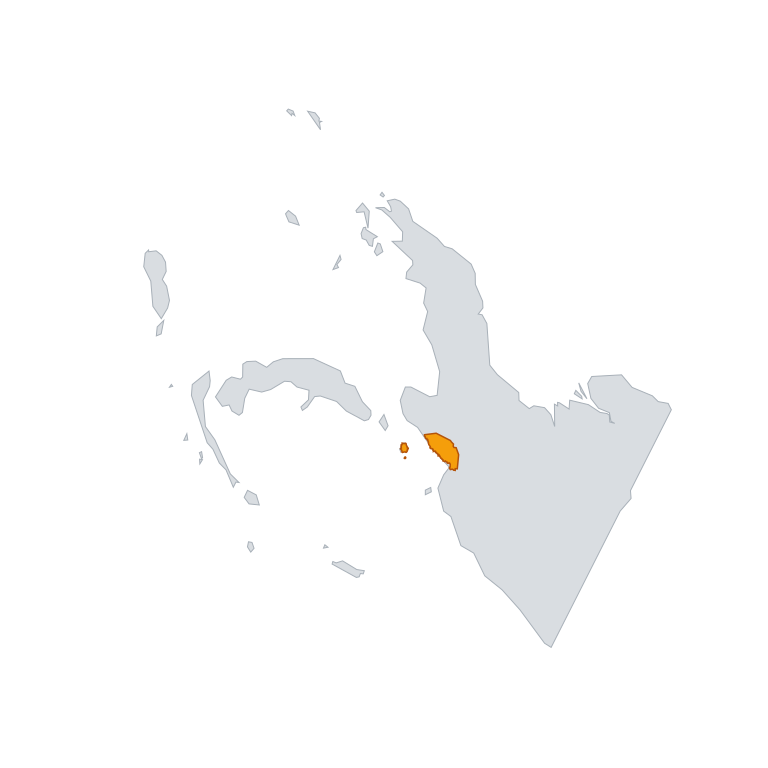 Rai Coast District, Madang, Papua New Guinea (highlighted), rotated 207°
{"feature_id": "67681753B12323407332592", "entity_name": "Rai Coast District", "entity_type": "district", "adm_level": 2, "iso_a3": "PNG", "parent_name": "Papua New Guinea", "parent_adm1": "Madang", "projection": "robinson", "projection_center": [146.508, -5.549], "detail": "fine", "context": "in_parent", "style": "filled", "palette": "amber", "viewbox_px": 768, "rotation_deg": 207, "n_neighbors": 0, "source": "geoboundaries", "source_scale": "gbopen_adm2", "svg_char_len": 8120}
<svg xmlns="http://www.w3.org/2000/svg" viewBox="0 0 768 768"><g transform="rotate(207 384 384)"><path d="M116.3,491.5L116.0,400.9L111.9,394.2L115.9,378.0L115.5,225.2L123.2,225.9L160.3,244.5L185.3,254.2L207.1,258.8L227.3,274.1L242.1,274.9L264.2,296.3L273.1,297.8L288.7,315.7L289.6,330.2L287.9,339.4L311.6,348.2L334.4,360.6L346.8,361.9L353.6,366.2L362.1,376.8L363.6,391.0L358.7,393.5L337.5,393.4L331.5,398.0L340.0,420.3L359.2,440.6L373.7,449.9L378.0,468.4L385.4,474.1L390.1,488.7L397.6,490.3L412.3,487.9L414.6,494.0L412.4,503.3L414.6,507.0L441.5,514.8L432.5,519.6L436.5,528.1L454.1,535.3L465.0,538.1L471.6,537.2L463.9,541.4L457.1,540.1L455.8,541.4L458.6,545.0L464.3,548.7L458.3,553.6L452.5,554.3L441.6,551.2L432.2,542.0L402.8,538.0L392.6,534.0L384.6,535.4L360.8,530.4L353.0,524.0L347.8,514.2L333.7,502.5L330.4,496.7L331.8,489.1L328.0,490.2L319.8,484.6L298.3,448.8L287.3,443.8L260.1,437.6L256.2,430.6L243.4,428.0L240.6,432.6L230.2,435.8L221.4,432.4L212.6,423.6L223.0,443.4L219.3,443.3L221.0,446.4L219.1,446.9L207.7,445.7L211.2,453.9L192.5,458.4L178.6,456.8L171.9,458.9L169.2,458.6L165.6,452.6L160.5,453.7L164.8,453.8L170.2,460.8L181.8,459.8L193.1,465.1L202.7,476.9L202.3,485.0L176.5,500.0L161.4,493.6L139.5,495.3L131.7,492.8L122.0,495.7L116.3,491.5ZM507.2,290.9L512.5,295.0L517.9,290.7L528.3,296.0L526.3,315.7L522.9,321.1L514.1,323.1L513.1,326.0L518.8,337.6L516.4,341.7L508.7,346.1L496.1,345.6L492.7,353.5L485.7,360.6L458.4,374.6L428.8,375.8L419.1,367.1L408.9,368.7L395.2,358.4L383.7,354.3L381.4,350.3L381.7,345.3L384.8,342.3L405.3,342.8L418.3,346.9L435.3,344.4L440.1,341.3L441.9,328.7L444.7,323.4L447.6,325.8L444.1,335.6L448.0,344.4L460.2,341.8L467.9,343.8L473.9,341.3L482.5,327.6L489.3,321.3L501.8,318.2L501.6,308.1L497.2,294.3L499.0,290.3L507.2,290.9ZM656.1,392.0L654.6,396.5L653.7,395.0L647.5,399.2L640.3,397.8L634.0,393.4L629.2,385.4L629.0,376.5L622.1,372.5L613.1,361.1L611.3,353.5L612.1,341.1L625.2,348.3L638.5,369.8L651.3,379.4L656.1,392.0ZM554.6,296.5L545.8,316.1L540.4,308.1L538.2,302.4L537.8,287.4L523.8,265.0L509.4,257.5L480.1,234.1L468.5,230.4L471.4,229.4L471.4,223.6L485.8,235.8L494.8,238.8L506.8,248.2L514.9,251.4L550.4,286.4L554.6,296.5ZM320.8,199.1L348.5,200.0L349.0,202.6L345.4,202.9L340.6,207.6L324.1,206.3L316.8,208.7L316.3,205.4L319.0,204.4L318.6,200.9L320.8,199.1ZM460.1,500.8L465.2,504.2L469.5,503.7L472.7,507.6L473.3,513.9L471.5,515.4L470.2,513.4L456.8,512.2L459.4,508.6L456.8,501.4L460.1,500.8ZM457.3,227.3L447.5,227.2L440.2,219.6L449.8,215.9L457.1,219.5L457.3,227.3ZM479.9,528.4L486.2,524.4L487.7,525.8L485.3,535.5L475.6,531.3L469.0,515.6L479.9,528.4ZM531.7,487.0L542.3,485.3L547.4,489.5L549.0,491.0L547.9,495.2L539.0,493.4L531.7,487.0ZM556.0,581.7L575.9,592.4L568.5,594.3L562.2,591.4L561.4,588.7L558.9,589.6L560.2,587.7L556.0,581.7ZM370.2,356.8L361.4,348.6L361.8,343.1L371.2,348.0L370.2,356.8ZM453.5,506.8L450.9,507.1L445.1,501.4L448.6,495.1L452.6,497.4L453.5,506.8ZM609.1,340.7L605.3,327.5L608.7,323.5L612.0,331.9L609.1,340.7ZM339.5,340.6L333.4,335.5L337.9,330.8L340.6,333.2L339.5,340.6ZM433.1,181.9L429.7,182.9L425.2,178.6L426.4,173.7L431.7,176.9L433.1,181.9ZM299.0,308.2L295.4,313.0L292.9,309.4L296.9,304.1L299.0,308.2ZM481.4,462.8L481.6,478.6L478.8,475.5L480.2,469.0L477.4,467.1L481.4,462.8ZM205.1,466.9L211.0,473.4L196.5,463.0L205.1,466.9ZM210.2,465.4L202.3,462.8L200.7,460.7L210.0,461.7L210.2,465.4ZM594.7,583.2L594.1,585.5L588.9,585.9L585.4,582.7L588.8,583.4L588.2,581.2L594.7,583.2ZM536.8,242.9L537.1,250.2L533.4,245.0L536.8,242.9ZM517.3,239.0L515.8,240.9L512.1,235.8L512.9,234.8L517.3,239.0ZM473.3,550.7L472.8,553.9L469.2,552.2L469.7,550.2L473.3,550.7ZM514.2,233.3L511.4,234.2L511.8,229.2L514.2,233.3ZM363.4,210.3L363.7,213.9L359.8,213.1L363.4,210.3ZM573.7,283.7L573.3,287.1L571.2,286.0L573.7,283.7Z" fill="#d9dde1" stroke="#a8b0b8" stroke-width="1"/><path d="M315.2,363.8L324.9,357.2L324.7,356.9L324.6,356.6L324.6,356.4L324.4,356.1L324.1,355.9L323.8,355.8L323.4,355.8L323.2,355.6L323.1,355.4L322.8,355.0L322.6,354.9L322.4,354.6L322.2,354.7L321.7,354.5L321.4,354.4L321.2,354.6L321.1,354.3L320.9,354.3L320.7,354.3L320.6,354.2L320.4,354.4L320.1,354.4L320.0,354.2L319.8,354.2L319.8,353.9L319.6,353.8L319.6,353.7L319.4,353.5L319.2,353.4L318.9,353.3L318.8,353.0L318.7,352.9L318.3,352.7L318.1,352.5L317.9,352.3L317.8,352.0L317.8,351.8L317.8,351.6L317.4,351.3L317.2,351.1L317.0,350.9L316.7,350.5L316.6,350.4L316.4,350.3L316.2,350.2L315.9,350.0L315.8,349.9L315.6,349.9L315.2,349.7L314.9,349.5L314.7,349.5L314.4,349.4L314.3,349.1L314.2,348.9L314.3,348.8L314.2,348.6L314.2,348.2L313.8,347.8L313.7,347.8L313.2,347.7L313.1,347.9L313.0,348.0L312.8,348.0L312.7,348.1L312.4,348.0L312.3,347.9L312.1,348.1L311.8,348.1L311.7,348.2L311.6,348.3L311.2,348.2L310.9,348.2L310.6,348.1L310.4,347.8L310.4,347.6L310.5,347.4L310.4,347.2L310.2,347.2L309.8,347.1L309.8,346.8L309.5,346.6L309.4,346.4L309.3,346.6L309.2,346.5L308.6,347.0L308.4,346.9L308.3,347.0L308.2,347.1L307.9,347.2L307.8,347.4L307.5,347.4L307.1,347.1L307.0,346.9L306.9,346.5L306.6,346.4L306.3,346.6L306.1,346.6L305.9,346.5L305.8,346.3L305.6,346.3L305.4,346.4L305.2,346.4L305.2,346.2L304.9,346.1L304.7,346.0L304.4,346.0L304.2,346.1L304.1,345.9L304.0,346.0L303.9,346.0L303.8,345.8L303.7,345.8L303.7,345.6L303.6,345.4L303.4,345.4L303.3,345.0L303.2,345.0L302.9,344.9L302.7,345.0L302.7,344.9L302.6,345.0L302.4,345.0L302.2,345.2L302.2,345.3L302.1,345.2L301.9,345.0L301.8,344.9L301.7,345.0L301.4,345.1L301.3,344.9L301.2,344.8L301.1,344.7L300.9,344.7L300.7,344.5L300.6,344.4L300.4,344.2L300.2,344.2L300.1,343.9L299.5,343.6L299.2,343.6L299.0,343.8L298.8,343.8L298.5,343.7L298.4,343.6L298.4,343.4L298.0,343.2L297.8,343.3L297.6,343.3L297.1,343.3L296.8,342.9L296.8,342.7L296.7,342.5L296.7,342.4L296.6,342.2L296.1,342.3L295.9,342.4L295.8,342.5L295.6,342.5L295.2,342.4L294.8,342.4L294.7,342.4L294.5,342.5L294.4,343.0L294.2,343.3L293.6,343.0L293.3,342.9L292.7,343.0L292.4,343.1L292.1,342.9L292.1,342.6L292.0,342.4L291.8,342.3L291.4,342.3L290.9,342.4L290.8,342.5L290.6,342.9L290.4,343.0L290.2,343.1L289.9,343.0L289.7,343.3L289.4,343.2L289.1,342.9L288.7,342.7L288.4,342.4L288.2,341.8L288.1,341.6L287.9,341.2L287.5,340.4L287.4,340.1L287.5,340.0L287.5,339.8L287.7,339.7L287.8,339.4L287.8,339.1L286.2,337.9L285.7,338.0L285.5,338.3L285.4,338.4L285.5,338.5L285.3,338.6L285.1,338.6L284.5,339.1L284.1,339.2L283.9,339.1L283.6,339.0L283.3,339.1L283.2,339.0L283.1,338.9L282.9,338.8L282.7,338.8L282.4,338.9L282.3,339.1L282.1,339.1L281.8,339.3L281.7,339.3L281.6,339.5L281.4,339.5L282.1,340.9L280.2,341.7L285.4,354.9L290.8,360.0L292.9,359.2L294.1,360.0L294.8,362.0L297.5,362.9L299.2,363.8L315.2,363.8ZM336.9,331.5L336.6,331.4L336.5,331.5L336.3,331.5L336.2,331.7L336.0,331.9L335.8,332.1L335.6,332.1L335.4,332.3L335.1,332.6L334.9,332.7L334.7,332.8L334.5,333.0L334.4,333.1L334.2,333.1L333.9,333.1L333.6,333.0L333.3,333.1L333.1,333.3L332.8,334.3L332.8,334.5L333.0,334.7L333.1,334.8L333.2,335.1L333.1,335.4L333.0,335.9L333.4,336.1L333.3,336.5L333.3,336.9L333.0,337.2L333.0,337.3L333.1,337.6L333.2,337.8L333.4,337.8L333.6,337.9L334.0,337.9L334.2,338.0L334.4,337.9L334.4,338.0L334.3,338.3L334.6,338.5L335.0,338.7L335.2,338.8L335.4,338.9L335.5,338.9L335.6,339.0L335.8,339.4L336.0,339.5L336.3,339.6L336.8,340.2L336.9,340.6L337.4,340.9L337.5,341.0L338.1,341.0L338.2,340.9L338.4,340.8L338.4,340.7L338.5,340.5L338.7,340.2L338.9,340.2L339.1,340.0L339.2,339.9L339.3,339.9L339.5,339.9L340.0,339.9L340.6,339.7L340.8,339.7L341.1,339.5L341.0,339.4L340.7,339.0L340.6,338.9L340.5,338.4L340.7,338.1L340.5,337.9L340.5,337.7L340.8,337.5L341.0,337.5L341.1,337.4L340.9,337.1L340.7,337.1L340.6,336.9L340.7,336.7L340.6,336.4L340.4,336.4L340.3,336.1L340.3,335.9L340.1,335.8L339.9,335.6L339.7,335.2L339.7,334.9L339.5,334.7L339.8,334.3L339.8,334.1L340.0,334.0L340.0,333.9L339.9,333.8L339.7,333.9L339.6,333.6L339.4,333.5L339.2,333.6L338.9,333.3L338.7,333.1L338.3,333.0L338.1,333.0L337.6,332.3L337.4,331.9L337.0,331.5L336.9,331.5ZM331.8,327.0L331.7,327.0L331.3,327.2L331.2,327.4L331.1,327.5L331.1,327.8L331.1,328.1L331.2,328.3L331.4,328.5L331.6,328.6L331.8,328.7L332.2,328.4L332.3,328.2L332.3,327.3L332.3,327.2L332.1,327.2L331.8,327.0L331.8,327.0Z" fill="#f59e0b" stroke="#b45309" stroke-width="1.5"/></g></svg>